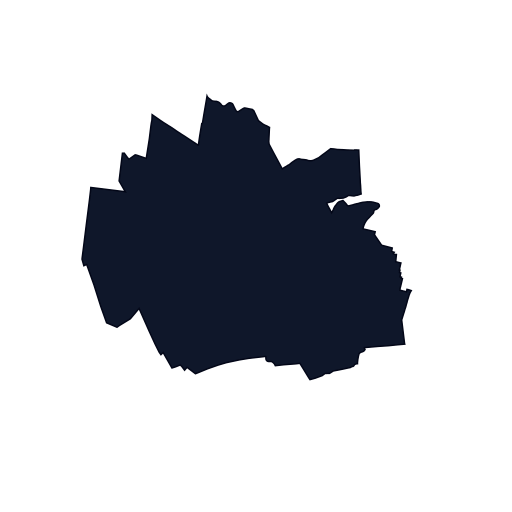 the district of Oarja, Arges, Romania, rotated 130°
{"feature_id": "2599482B29639056489125", "entity_name": "Oarja", "entity_type": "district", "adm_level": 2, "iso_a3": "ROU", "parent_name": "Romania", "parent_adm1": "Arges", "projection": "orthographic", "projection_center": [24.954, 44.771], "detail": "fine", "context": "isolated", "style": "filled", "palette": "ink", "viewbox_px": 512, "rotation_deg": 130, "n_neighbors": 0, "source": "geoboundaries", "source_scale": "gbopen_adm2", "svg_char_len": 5483}
<svg xmlns="http://www.w3.org/2000/svg" viewBox="0 0 512 512"><g transform="rotate(130 256 256)"><path d="M309.7,426.6L311.3,425.4L320.6,419.3L339.4,407.2L359.8,394.0L369.3,387.9L370.3,387.2L374.1,381.6L371.3,380.3L374.2,375.3L382.3,361.5L394.4,342.5L403.2,327.5L399.9,316.7L397.1,316.0L384.9,311.9L371.3,311.9L375.6,303.1L382.5,289.0L388.3,276.7L391.9,268.4L392.7,265.4L389.6,265.1L395.8,248.4L392.8,246.5L388.2,244.0L388.3,241.9L389.4,237.3L385.6,237.3L385.1,226.7L382.5,225.3L373.5,220.6L363.9,214.9L356.8,210.2L346.3,202.0L339.2,195.9L336.1,193.0L329.3,186.5L326.8,184.2L326.7,183.9L327.6,183.0L328.5,182.2L329.0,181.5L329.3,180.5L329.2,179.5L328.7,178.5L326.9,176.4L326.6,174.7L326.8,172.6L327.6,170.7L321.5,164.9L317.4,160.7L313.3,156.5L310.0,153.4L310.2,152.8L311.6,148.5L314.7,139.3L315.4,137.2L316.0,135.2L315.3,134.7L315.0,134.5L311.5,132.1L305.1,128.4L303.7,128.1L301.6,127.6L300.1,125.9L298.6,124.2L297.3,123.8L294.4,122.9L291.1,120.2L286.6,116.6L282.7,113.6L282.3,113.3L282.0,113.0L281.1,112.3L280.7,112.0L280.1,111.8L279.4,111.6L278.8,111.3L278.4,110.8L277.9,110.6L277.2,110.5L275.9,110.7L275.2,110.5L274.6,110.1L273.9,109.7L273.3,109.0L272.5,109.7L269.8,111.5L267.0,113.1L266.0,113.6L264.4,114.3L263.3,114.1L262.3,113.8L261.3,113.1L260.3,112.6L259.6,112.3L258.8,112.3L258.0,112.3L257.5,112.4L257.3,112.9L257.3,113.3L256.5,114.1L246.9,104.5L239.5,96.8L233.3,90.8L227.9,85.4L227.5,86.0L212.2,102.4L212.5,102.5L211.9,103.1L210.9,103.5L204.0,106.4L203.9,106.4L201.9,107.3L201.5,107.5L198.7,108.6L196.4,109.7L194.3,110.6L193.8,110.9L192.5,111.5L190.3,112.4L188.9,113.0L187.5,113.6L185.7,114.2L184.6,114.5L182.7,114.8L182.8,115.1L182.9,115.3L183.4,116.6L183.9,117.8L184.5,118.9L186.7,117.7L187.4,119.2L188.2,120.7L189.7,123.9L187.6,125.1L186.7,125.5L182.3,127.7L180.1,128.8L179.2,129.3L179.8,130.4L179.1,130.8L178.7,131.0L179.4,132.4L179.1,132.5L175.9,134.2L176.5,135.4L176.4,135.5L174.3,136.6L174.6,137.2L171.7,138.7L168.9,140.2L168.2,140.5L169.2,142.5L169.4,142.9L169.9,144.0L170.6,145.3L164.6,149.4L165.7,150.8L166.0,152.3L164.3,152.5L165.4,155.0L162.3,156.8L167.0,166.7L163.6,178.9L162.2,179.6L160.8,180.3L163.7,186.1L166.4,191.4L166.0,191.7L165.6,192.0L163.6,192.9L161.1,193.7L159.0,194.1L156.4,194.3L154.4,194.1L152.4,194.0L151.5,194.0L149.5,193.8L147.9,193.7L147.4,193.8L146.9,194.0L146.0,194.5L145.3,194.8L144.6,194.8L144.1,194.6L143.5,194.2L142.9,193.8L142.1,193.5L141.1,193.3L140.6,193.3L140.2,193.3L139.4,193.3L138.9,193.3L138.7,193.5L138.2,193.8L137.5,194.7L137.3,195.8L137.5,196.6L139.5,200.9L140.6,202.7L141.9,204.3L142.1,204.5L142.6,205.1L142.8,205.4L143.1,205.7L144.7,207.2L145.9,208.4L146.8,209.2L147.4,209.6L148.7,210.6L150.0,211.4L151.2,212.4L153.1,213.8L154.6,214.7L155.8,215.6L156.9,216.4L157.5,216.8L158.0,217.2L158.3,217.6L158.5,218.1L158.6,218.7L158.3,219.5L158.0,221.2L157.6,225.1L158.6,225.7L159.7,226.4L160.9,227.2L162.7,227.6L163.9,227.6L165.1,227.5L167.1,227.5L169.6,227.0L170.9,226.5L174.3,225.8L173.4,228.0L172.6,230.0L171.7,232.4L170.6,234.8L170.1,235.9L169.5,235.6L168.2,234.7L167.4,234.1L166.6,233.6L165.7,232.8L165.3,232.5L164.8,232.3L164.0,232.0L162.8,231.7L161.7,231.4L160.9,231.2L160.1,231.0L159.4,230.7L158.8,230.1L158.7,229.8L158.5,229.4L158.1,229.0L157.5,228.5L157.0,227.9L156.4,227.3L155.5,226.4L154.1,225.6L153.3,225.2L152.5,224.8L151.1,224.4L150.4,224.2L149.3,223.0L148.5,221.7L147.3,219.9L146.5,219.1L145.6,218.6L144.0,217.2L141.3,215.6L141.2,215.5L140.9,215.3L140.1,216.2L138.7,217.6L137.9,218.3L136.0,220.1L135.0,221.0L132.5,223.5L131.8,224.1L128.5,227.2L123.8,231.6L120.4,234.8L108.8,245.4L108.9,245.5L109.2,245.9L110.4,247.5L111.4,248.7L111.8,248.7L113.8,251.2L117.0,255.4L118.6,257.6L119.3,258.5L122.2,262.3L123.9,265.1L125.8,267.8L130.3,268.8L132.5,269.3L136.1,270.2L138.9,270.8L140.3,271.1L145.8,273.6L146.9,274.4L147.7,275.1L148.7,276.4L149.1,276.9L149.6,278.2L149.9,279.0L151.0,280.8L152.4,282.8L152.9,283.5L153.4,284.6L153.8,285.4L154.5,286.1L155.2,286.7L157.5,287.6L161.5,288.7L164.5,289.2L164.8,289.3L165.1,289.4L165.6,289.7L167.0,290.2L167.5,290.2L167.8,290.3L168.1,290.5L169.4,291.0L170.3,291.3L171.8,291.7L172.4,291.9L169.1,300.1L165.8,308.4L162.4,316.7L162.1,317.5L161.6,318.2L160.0,319.9L158.6,320.9L157.2,322.0L153.9,324.5L150.5,327.1L148.8,328.3L148.9,328.6L149.1,329.8L149.4,331.3L150.1,333.5L150.5,335.6L150.7,340.2L150.7,341.3L146.1,351.1L146.1,353.1L146.3,353.4L146.5,353.8L147.7,355.9L148.7,357.8L149.6,359.4L149.8,359.7L150.0,360.0L150.9,360.5L153.3,361.3L155.7,362.0L156.9,362.4L157.3,363.0L157.7,363.5L157.5,364.8L156.8,366.5L155.8,368.8L154.9,370.7L154.5,371.9L154.7,373.1L155.2,374.2L155.9,375.0L156.7,375.3L158.4,375.7L160.2,376.0L161.1,376.4L161.9,377.1L162.4,378.0L162.5,378.5L162.6,379.1L162.2,380.6L162.1,381.8L162.1,383.1L162.2,383.7L162.4,384.3L162.9,385.6L164.1,387.2L165.0,388.6L165.4,389.5L165.4,390.4L165.4,391.3L165.4,392.0L165.5,392.8L165.5,394.5L165.2,395.9L165.0,396.3L168.7,394.1L181.4,386.7L183.4,385.5L188.5,382.5L189.4,382.7L195.0,379.4L200.7,376.0L208.1,371.4L208.3,371.5L208.5,373.4L210.2,388.2L210.7,391.6L210.7,392.5L210.8,392.9L210.9,393.5L211.4,397.7L211.5,399.4L211.6,400.3L211.7,401.2L211.8,402.1L211.8,402.7L211.9,403.0L212.0,403.9L212.1,404.8L212.5,407.2L212.6,408.3L213.1,411.8L213.3,413.3L213.3,413.6L213.6,416.3L214.5,426.4L218.9,423.0L221.3,421.7L223.6,420.3L235.0,412.9L251.8,402.8L255.5,412.4L256.2,413.6L263.6,415.5L263.0,418.6L261.9,423.0L263.1,424.4L286.5,409.1L290.8,397.4L290.9,397.6L309.7,426.6Z" fill="#0f172a" stroke="#020617" stroke-width="1.5"/></g></svg>